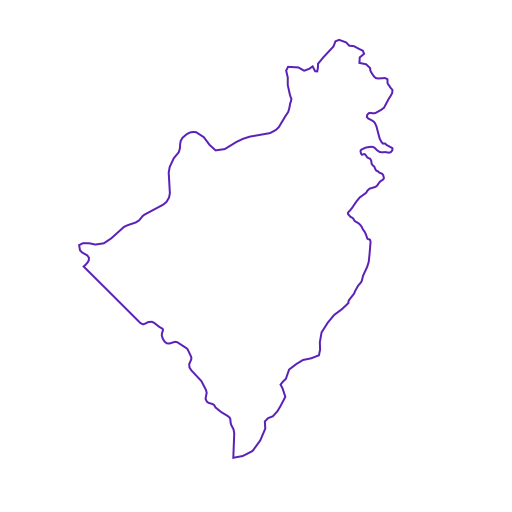 outline of Ladakh, rotated 257°
{"feature_id": "IND-20012", "entity_name": "Ladakh", "entity_type": "Union Territory", "adm_level": 1, "iso_a3": "IND", "parent_name": "India", "parent_adm1": "", "projection": "mercator", "projection_center": [77.875, 33.921], "detail": "fine", "context": "isolated", "style": "outline", "palette": "violet", "viewbox_px": 512, "rotation_deg": 257, "n_neighbors": 0, "source": "natural_earth", "source_scale": "10m", "svg_char_len": 3777}
<svg xmlns="http://www.w3.org/2000/svg" viewBox="0 0 512 512"><g transform="rotate(257 256 256)"><path d="M284.5,85.7L285.9,88.1L287.6,90.5L289.6,92.2L292.0,92.8L294.6,91.7L298.7,87.2L301.2,85.8L306.4,86.1L307.4,90.4L305.9,96.4L303.3,102.0L302.6,110.6L305.7,118.8L314.1,134.0L314.9,138.0L315.7,146.3L317.0,150.1L320.6,154.8L321.4,156.7L327.0,177.4L329.0,181.1L332.5,184.4L336.5,186.2L356.9,189.7L362.1,191.9L369.8,197.9L374.4,204.0L377.8,206.0L381.9,207.2L385.2,208.6L387.8,211.1L388.3,212.1L390.1,215.5L390.9,218.0L391.2,220.5L390.9,223.0L390.1,225.5L383.5,231.9L374.8,235.7L368.0,240.4L367.2,249.6L371.6,262.8L373.1,269.7L373.7,276.7L372.6,297.3L374.3,303.6L376.4,307.2L384.6,315.1L384.8,315.2L389.0,319.7L391.6,321.2L394.3,322.5L397.0,323.6L398.9,324.9L401.0,325.8L403.4,325.5L405.7,325.3L415.5,325.4L422.7,327.1L429.9,327.1L433.1,329.8L430.2,339.7L425.7,344.6L426.4,350.0L428.0,353.8L422.7,355.2L422.1,357.2L426.1,358.9L429.3,359.6L434.5,366.4L442.8,378.7L447.3,381.7L447.9,385.6L443.9,391.8L439.9,394.2L438.5,398.5L434.6,403.0L432.0,406.3L428.7,406.8L426.2,401.8L420.9,400.2L418.0,406.5L413.3,409.5L411.5,409.1L409.3,409.5L406.7,410.4L404.1,411.5L402.3,412.9L401.4,415.3L400.4,421.6L398.9,423.7L398.1,423.8L395.7,423.2L394.7,423.1L393.5,423.4L391.3,424.4L390.1,424.7L387.1,426.3L384.2,425.4L381.6,423.1L379.2,420.6L371.7,414.1L370.2,410.6L368.6,405.1L368.4,403.5L368.9,401.6L369.7,399.8L369.8,398.0L368.6,396.2L366.5,395.3L364.8,396.2L362.1,399.4L360.6,400.8L359.0,401.7L355.4,402.5L342.6,402.9L339.1,403.8L337.0,404.9L336.6,407.0L334.7,408.3L330.6,413.0L329.6,413.1L328.8,412.8L327.8,412.0L327.0,410.9L326.7,409.5L327.0,408.0L327.7,406.5L328.2,405.2L328.7,402.0L329.3,400.5L329.7,399.7L330.6,398.8L332.3,397.4L334.6,396.0L335.5,395.1L336.1,394.1L336.4,393.2L336.6,392.0L336.9,388.7L336.9,387.1L336.6,385.6L336.0,382.9L335.7,382.2L335.3,381.7L334.8,381.5L334.2,381.4L332.4,381.4L331.6,381.6L331.0,381.8L330.8,382.2L331.0,384.0L330.7,384.9L329.8,385.5L327.5,386.4L326.6,387.0L325.2,388.9L324.3,389.4L322.9,389.7L321.1,389.5L319.6,389.5L318.5,389.9L316.3,391.4L314.3,391.7L312.7,392.1L311.8,392.7L311.3,393.6L310.8,394.1L310.0,394.5L309.4,395.0L308.7,396.1L307.7,397.4L306.3,398.1L303.2,398.2L302.0,397.2L301.4,395.7L300.9,394.2L300.1,392.9L297.9,390.5L296.9,389.2L296.4,387.5L296.1,382.0L295.5,380.7L294.4,379.0L292.9,377.7L289.7,370.2L286.6,366.2L281.4,360.6L279.3,358.0L278.4,356.5L277.4,355.3L276.6,355.1L275.8,355.2L275.0,355.8L273.3,356.6L273.1,356.7L271.9,358.1L271.2,358.7L270.4,359.2L268.8,359.7L268.0,360.0L267.2,360.7L264.9,363.2L263.6,364.1L262.4,364.8L261.1,365.4L257.4,366.3L255.6,367.2L252.6,367.9L248.1,368.4L247.6,368.6L247.3,369.0L246.6,370.3L246.0,370.8L244.0,370.8L232.4,367.1L224.9,364.5L220.6,362.0L212.7,355.9L208.8,353.9L207.3,353.0L206.2,351.7L204.0,348.7L199.1,344.3L197.4,343.2L192.0,336.6L190.7,335.8L189.4,335.5L184.8,327.6L181.0,318.9L174.8,310.8L166.8,302.7L157.6,298.8L150.4,297.4L145.1,295.0L143.9,286.8L144.1,278.3L141.8,271.3L137.9,262.7L129.6,257.5L127.6,254.1L125.2,251.0L121.0,252.1L112.2,252.9L108.3,249.6L103.7,245.6L99.8,241.8L96.0,236.3L95.3,231.3L92.8,227.4L85.7,226.2L75.4,218.7L66.8,208.8L64.1,198.1L64.5,188.5L88.1,194.9L92.1,195.1L97.3,193.8L99.2,193.8L103.0,194.3L104.6,193.9L106.5,192.4L111.7,187.0L117.5,182.5L119.9,181.8L120.6,181.4L121.8,179.9L123.6,176.7L125.1,175.4L128.2,174.7L133.9,177.2L136.9,177.1L146.5,174.6L158.9,167.4L162.3,166.1L165.7,166.6L169.6,169.5L171.1,170.1L172.6,170.1L180.4,168.4L181.5,167.8L189.7,159.9L190.6,157.8L190.2,151.9L191.0,149.4L193.1,147.7L196.3,146.6L199.5,146.3L201.9,147.0L204.3,148.5L205.6,148.8L206.8,147.9L208.5,146.0L213.9,141.6L215.3,139.8L215.9,136.3L215.1,133.3L214.8,130.7L216.5,128.4L217.1,128.0L250.8,106.9L284.5,85.7Z" fill="none" stroke="#5b21b6" stroke-width="2"/></g></svg>